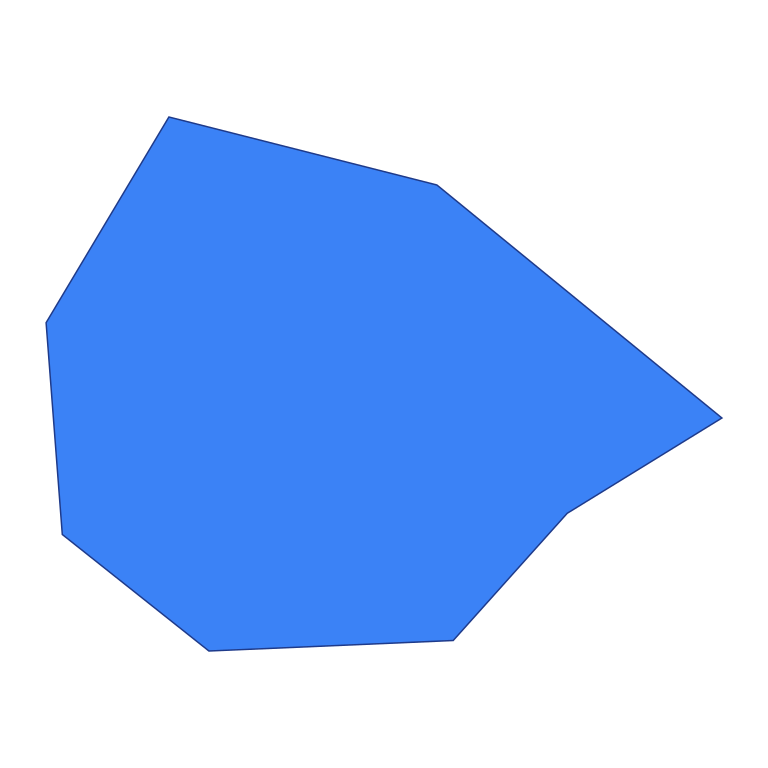 outline of Şuşa
{"feature_id": "AZE-5565", "entity_name": "Şuşa", "entity_type": "Municipality", "adm_level": 1, "iso_a3": "AZE", "parent_name": "Azerbaijan", "parent_adm1": "", "projection": "albers", "projection_center": [46.75, 39.758], "detail": "fine", "context": "isolated", "style": "filled", "palette": "blue", "viewbox_px": 768, "rotation_deg": 0, "n_neighbors": 0, "source": "natural_earth", "source_scale": "10m", "svg_char_len": 238}
<svg xmlns="http://www.w3.org/2000/svg" viewBox="0 0 768 768"><path d="M168.9,117.0L436.9,185.0L721.9,418.0L567.2,513.3L453.2,640.5L208.9,651.0L62.3,534.5L46.1,322.7L168.9,117.0Z" fill="#3b82f6" stroke="#1e3a8a" stroke-width="1.5"/></svg>